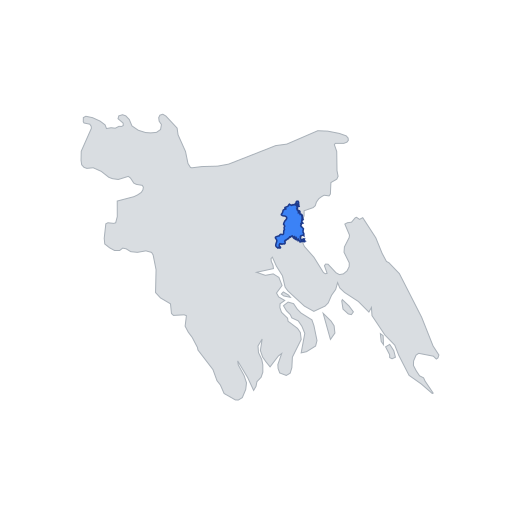 Brahamanbaria, Chittagong, Bangladesh shown in context, rotated 340°
{"feature_id": "16705992B2831557138260", "entity_name": "Brahamanbaria", "entity_type": "district", "adm_level": 2, "iso_a3": "BGD", "parent_name": "Bangladesh", "parent_adm1": "Chittagong", "projection": "orthographic", "projection_center": [91.088, 23.957], "detail": "fine", "context": "in_parent", "style": "filled", "palette": "blue", "viewbox_px": 512, "rotation_deg": 340, "n_neighbors": 0, "source": "geoboundaries", "source_scale": "gbopen_adm2", "svg_char_len": 9185}
<svg xmlns="http://www.w3.org/2000/svg" viewBox="0 0 512 512"><g transform="rotate(340 256 256)"><path d="M176.7,359.8L176.7,348.0L169.3,324.5L169.7,321.9L168.2,310.7L166.3,304.4L165.4,297.7L170.2,288.3L168.4,286.7L158.1,283.6L156.9,281.1L159.3,271.7L151.9,262.7L149.1,256.0L157.4,234.7L159.7,219.8L159.1,216.9L154.3,213.5L145.8,212.0L139.8,209.1L136.4,204.8L133.4,203.0L129.7,204.2L125.0,202.5L121.2,198.2L118.0,193.0L119.4,187.5L125.9,174.4L128.2,174.1L133.5,176.7L135.5,176.8L139.1,171.6L144.4,156.9L161.6,158.5L165.7,158.1L170.0,157.0L172.4,155.1L173.7,152.8L173.3,150.7L168.1,147.8L166.1,145.7L164.7,139.8L163.2,137.5L152.8,137.0L147.5,134.2L144.6,131.7L139.5,123.5L133.2,117.4L127.0,115.8L124.7,113.9L123.4,110.7L124.3,106.3L127.6,97.8L145.0,79.7L145.5,77.7L144.9,75.3L139.9,72.2L139.6,70.8L141.1,66.9L143.9,66.5L149.7,70.1L155.6,75.9L159.0,81.1L159.1,85.1L163.7,85.9L167.5,87.8L171.5,87.3L174.1,88.3L175.9,88.0L176.6,85.7L173.3,79.8L175.0,77.4L178.9,77.6L181.6,79.8L183.6,84.4L183.9,91.3L188.4,97.6L194.4,102.2L199.1,104.3L204.8,105.8L209.6,104.5L212.1,100.1L211.1,96.2L211.9,92.7L213.9,90.8L216.9,90.9L219.2,93.7L225.6,108.8L224.2,115.5L225.5,133.7L223.7,145.8L224.7,150.4L225.9,151.2L235.9,153.5L250.5,158.4L261.6,160.3L312.2,159.0L323.2,161.4L356.9,159.4L366.1,163.2L376.2,169.3L381.8,173.9L382.9,176.6L382.3,178.9L380.4,180.1L377.0,180.2L369.0,177.3L367.7,178.2L367.6,185.4L361.3,203.5L360.4,209.2L358.2,211.4L351.5,212.6L347.1,223.2L345.2,224.5L340.8,222.2L338.1,222.6L334.7,223.6L331.2,226.0L328.9,229.0L326.2,230.1L316.7,229.9L314.9,234.8L308.6,241.3L304.4,258.3L304.7,263.5L310.0,277.0L313.7,294.6L315.1,296.4L316.9,296.6L317.0,288.5L318.7,287.4L320.9,288.4L325.5,299.2L328.0,302.0L332.0,302.7L336.5,301.1L339.9,297.9L341.3,294.4L340.0,282.6L342.2,277.7L349.9,270.5L351.0,268.3L350.4,256.4L353.3,256.0L357.3,256.9L362.2,254.1L363.7,254.0L365.8,257.0L369.4,256.5L374.8,279.9L375.4,296.5L376.7,305.7L378.6,307.8L384.7,321.6L390.7,370.2L391.6,401.1L394.0,411.6L392.1,414.0L390.2,414.5L388.4,410.8L375.6,403.1L372.5,403.9L368.2,408.5L366.5,412.7L367.3,418.7L368.7,424.5L371.8,427.8L372.1,431.5L375.6,445.4L374.6,445.5L367.6,432.9L359.0,420.5L356.2,398.2L355.9,387.2L350.1,374.3L344.6,351.7L346.9,343.8L342.9,347.3L336.6,333.7L326.7,320.5L323.8,314.7L323.6,308.9L319.4,314.7L313.6,318.7L307.8,324.8L303.8,326.7L291.4,327.8L284.3,319.6L274.0,299.7L272.7,295.2L274.1,283.6L271.7,272.5L271.0,262.7L269.2,263.6L268.5,266.3L268.8,270.4L268.1,273.8L250.9,271.5L258.2,277.4L266.1,278.7L270.2,284.0L270.4,292.6L262.6,297.8L263.3,302.2L267.8,307.6L262.3,309.1L260.8,312.6L260.7,317.6L264.4,325.2L263.8,328.3L270.3,338.3L271.5,343.1L269.9,349.9L255.6,363.5L251.5,373.2L248.0,377.8L243.6,378.6L238.3,374.0L238.3,369.2L239.4,365.5L246.8,356.4L242.8,357.6L231.3,365.0L229.2,358.9L227.7,353.3L227.8,346.3L233.4,336.1L227.1,341.2L225.3,347.6L226.0,355.2L225.2,360.5L222.7,367.5L219.3,371.7L213.9,374.4L211.4,378.5L207.8,381.5L206.6,367.4L202.9,348.3L202.1,352.3L203.9,364.2L203.7,371.9L200.7,377.9L194.7,384.4L190.1,385.3L187.4,384.2L179.0,374.3L178.4,365.0L176.7,359.8ZM281.2,361.0L270.7,363.2L265.3,362.5L275.4,345.4L275.1,337.7L273.5,331.4L268.5,326.4L268.2,322.8L265.9,317.9L264.8,312.1L270.4,310.3L275.0,313.6L276.6,320.1L278.8,325.0L286.7,335.1L286.6,341.3L284.4,356.3L281.2,361.0ZM303.8,355.4L297.4,359.9L299.5,332.8L304.3,342.9L305.5,348.3L303.8,355.4ZM328.4,341.8L325.6,343.7L322.9,342.0L319.6,335.7L321.2,327.6L322.2,326.5L326.3,334.7L328.4,341.8ZM352.4,398.8L348.7,399.1L346.9,397.2L347.8,394.5L346.7,385.7L351.4,384.8L353.1,392.1L352.4,398.8ZM348.2,374.3L345.5,383.0L344.4,379.1L346.3,371.5L348.2,374.3ZM273.2,303.8L274.2,306.6L268.4,303.0L266.8,300.4L269.4,299.1L273.2,303.8Z" fill="#d9dde1" stroke="#a8b0b8" stroke-width="1"/><path d="M312.9,236.2L312.7,236.1L312.3,236.0L312.4,235.7L312.6,235.6L312.8,235.4L312.8,235.2L312.9,235.3L313.1,235.0L313.2,234.6L312.9,234.4L313.0,234.3L313.3,234.3L313.4,234.2L313.4,233.5L313.1,233.4L313.1,233.2L312.9,233.2L312.9,232.4L312.7,232.2L312.4,232.2L311.8,232.1L311.7,232.1L311.7,231.9L311.9,231.7L311.7,231.6L311.7,231.4L312.0,231.0L312.0,230.4L312.3,229.9L311.6,229.9L311.4,230.2L311.2,229.9L310.7,229.9L310.8,229.7L310.9,228.7L311.7,228.8L311.7,228.4L312.1,228.5L312.2,228.4L311.8,228.1L311.0,228.0L311.0,226.8L310.5,226.9L310.4,226.5L310.8,226.3L310.7,225.7L311.0,225.9L311.3,225.3L311.2,225.0L311.3,224.2L311.7,224.2L311.7,223.9L312.5,223.9L312.7,223.7L313.0,223.6L313.4,224.1L313.5,224.1L313.5,223.4L313.4,223.0L313.4,222.7L312.9,222.8L313.0,223.1L312.5,222.8L312.5,223.1L312.3,223.0L312.1,223.2L311.8,223.3L311.4,223.0L311.3,222.8L311.4,222.7L311.6,222.5L311.5,222.4L311.8,222.3L311.7,221.8L312.0,221.8L312.2,222.1L312.6,222.1L312.6,221.5L312.8,221.7L313.0,221.6L313.2,221.2L313.5,221.2L313.8,220.9L313.9,221.0L313.9,220.9L314.0,221.1L314.1,220.9L314.1,220.7L314.1,220.3L314.4,220.2L314.4,219.7L314.2,219.7L314.2,219.4L314.2,219.0L313.9,219.0L313.9,218.8L313.1,218.5L312.7,218.7L312.4,219.1L312.2,219.1L312.2,219.3L311.9,219.6L311.9,219.8L311.7,220.0L311.7,220.3L311.5,220.8L311.6,221.0L311.7,220.9L311.8,221.0L311.8,221.5L311.7,221.4L311.6,221.2L311.5,221.3L311.1,221.3L311.0,221.1L310.9,221.4L310.7,221.2L310.7,221.5L310.6,221.3L310.3,221.3L310.1,221.1L309.6,221.0L309.5,220.8L309.2,220.8L309.0,220.7L308.8,220.6L308.7,220.8L308.3,220.7L308.2,220.5L307.9,220.7L308.0,220.6L307.9,220.5L307.6,220.6L307.3,220.4L307.0,220.6L306.9,220.6L306.9,220.4L306.4,220.4L306.2,220.0L305.9,219.8L305.5,219.3L305.4,219.3L305.4,219.1L305.1,218.7L304.4,219.1L304.0,219.3L303.6,219.8L302.8,220.2L299.8,220.3L299.6,220.6L299.5,221.1L300.2,221.7L300.2,222.0L299.2,222.0L298.7,221.9L297.6,222.1L297.2,222.2L296.9,222.6L296.4,223.5L295.8,224.2L295.3,224.7L294.3,225.3L293.9,225.8L293.9,226.1L294.6,227.0L295.3,227.6L296.8,228.3L297.4,228.9L297.7,229.4L298.0,229.9L298.0,230.5L297.8,231.0L297.2,231.8L296.6,232.1L296.1,232.5L295.3,232.8L295.0,233.0L293.2,234.8L292.7,235.8L292.8,236.1L293.0,236.3L293.2,236.8L293.2,237.3L293.1,238.0L292.4,238.5L292.0,239.1L291.8,240.9L291.5,241.2L291.1,241.3L290.6,242.0L289.8,244.0L289.3,244.7L288.7,245.0L288.2,244.9L287.2,244.3L286.3,244.0L285.3,244.5L285.0,244.8L284.7,245.0L284.5,244.9L281.6,244.8L280.9,244.9L280.7,245.0L280.5,245.3L280.4,245.9L280.9,247.7L280.8,248.8L280.3,249.7L280.1,249.9L280.0,250.1L279.2,251.0L278.2,252.6L278.1,253.2L278.1,254.0L278.3,254.4L278.6,254.9L279.1,255.5L279.2,255.8L279.3,256.1L280.1,256.0L280.4,255.7L280.6,255.7L280.7,255.9L280.8,256.4L280.9,256.6L281.2,256.7L281.4,256.8L281.8,256.6L282.0,256.3L281.9,255.8L281.7,255.4L281.3,255.2L281.3,254.6L281.6,253.9L281.6,253.5L282.1,253.3L282.4,252.9L282.6,252.9L282.7,252.6L283.3,252.8L283.4,253.2L283.8,253.5L284.4,253.4L284.5,253.8L285.0,254.2L284.9,254.1L285.0,254.0L285.8,253.9L286.0,254.0L286.8,254.2L287.0,254.4L287.8,253.9L288.0,253.3L287.9,252.2L288.3,252.0L288.3,251.8L288.7,251.8L288.8,251.3L289.5,251.2L289.6,251.4L290.1,251.3L290.4,251.1L290.7,251.1L290.9,250.9L291.2,250.9L291.5,250.7L291.8,250.9L292.3,250.8L292.3,250.5L292.8,250.3L293.0,250.3L293.4,250.2L294.4,250.1L294.7,250.0L294.5,249.5L294.8,249.5L295.0,250.0L296.4,249.5L296.9,249.4L297.2,250.1L297.0,250.3L297.2,250.7L297.3,250.8L297.4,250.6L297.5,250.6L297.7,251.0L297.6,251.3L297.3,251.3L297.4,251.6L297.5,251.6L297.7,251.4L298.0,251.3L297.8,251.6L297.7,251.8L297.9,251.9L298.0,251.6L298.3,251.6L298.1,252.0L298.7,251.9L298.5,252.3L298.4,252.5L298.2,252.7L298.5,252.9L298.7,252.6L298.8,252.7L298.6,253.1L298.7,253.3L298.9,253.1L299.1,253.1L298.9,253.4L298.7,253.4L298.8,253.6L299.0,253.7L299.4,253.3L299.4,253.5L299.1,253.8L299.5,254.0L299.6,253.9L299.6,253.7L299.7,253.9L299.9,253.7L299.8,254.1L299.5,254.2L299.7,254.3L299.8,254.3L300.0,254.7L300.3,254.6L300.5,254.4L300.6,254.5L300.5,254.8L301.3,254.7L301.2,254.9L300.8,255.0L300.7,255.2L300.9,255.3L301.0,255.1L301.3,255.3L301.2,255.4L300.9,255.4L301.2,255.6L301.3,255.4L301.3,255.7L301.1,256.0L301.4,256.0L301.6,256.2L301.7,255.9L301.8,256.0L301.8,255.9L301.9,256.0L301.9,256.3L301.9,256.8L302.0,256.5L302.0,256.8L302.1,257.0L302.3,256.9L302.4,257.0L302.2,257.2L302.2,257.4L302.3,257.6L302.5,257.6L302.4,257.8L302.6,257.8L302.8,258.0L303.1,257.9L303.2,258.0L303.3,257.9L303.2,257.7L303.7,257.7L303.9,257.5L304.1,257.7L304.4,257.8L304.4,258.0L304.7,258.1L305.0,258.4L305.2,258.5L305.3,258.3L305.6,258.5L305.7,258.3L305.8,258.5L306.3,258.6L306.2,259.1L306.7,259.2L307.0,258.9L306.9,258.7L307.0,258.7L306.8,258.5L306.9,258.4L306.9,258.1L307.0,257.0L306.9,257.0L307.2,256.6L306.9,256.6L306.5,256.2L306.4,256.3L304.0,256.4L303.8,255.3L303.7,254.9L304.2,253.1L304.8,252.4L305.7,252.5L305.9,252.4L306.5,252.3L307.3,252.5L307.8,253.1L307.9,253.3L308.1,252.7L308.3,252.3L308.2,252.0L308.6,251.4L308.5,250.1L308.4,250.1L308.4,249.9L308.3,249.7L308.6,249.2L308.7,248.4L309.0,248.2L309.3,247.6L309.9,246.7L309.6,245.8L309.2,245.1L308.9,244.1L308.6,244.0L308.5,243.9L308.4,242.7L309.4,242.1L309.5,241.7L309.2,241.1L308.7,240.8L309.8,240.9L310.4,241.0L310.5,241.0L311.0,241.0L311.3,241.1L311.1,240.1L310.5,239.7L311.0,238.5L311.8,237.2L311.8,237.5L312.0,237.8L311.9,237.9L311.9,238.1L312.1,238.2L312.7,237.9L312.5,237.6L312.9,236.8L312.8,236.5L312.9,236.2Z" fill="#3b82f6" stroke="#1e3a8a" stroke-width="1.5"/></g></svg>